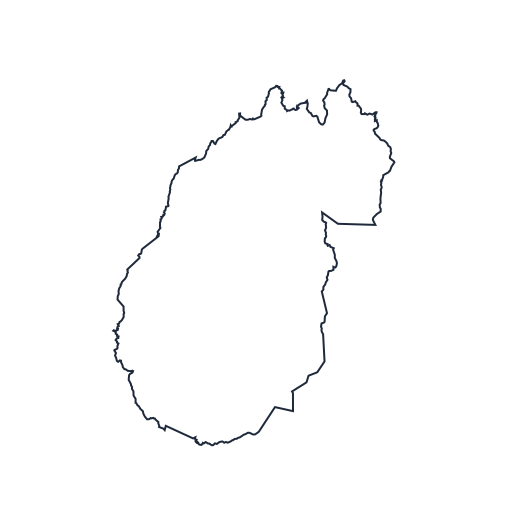 the district of Maguarichi, Chihuahua, Mexico, rotated 208°
{"feature_id": "50627088B68228715353829", "entity_name": "Maguarichi", "entity_type": "district", "adm_level": 2, "iso_a3": "MEX", "parent_name": "Mexico", "parent_adm1": "Chihuahua", "projection": "mercator", "projection_center": [-107.951, 27.819], "detail": "fine", "context": "isolated", "style": "outline", "palette": "slate", "viewbox_px": 512, "rotation_deg": 208, "n_neighbors": 0, "source": "geoboundaries", "source_scale": "gbopen_adm2", "svg_char_len": 6076}
<svg xmlns="http://www.w3.org/2000/svg" viewBox="0 0 512 512"><g transform="rotate(208 256 256)"><path d="M217.1,439.5L218.0,439.0L219.7,435.5L222.6,435.1L224.1,433.0L226.8,433.1L226.8,432.3L229.4,430.9L230.7,431.7L231.7,434.3L232.6,435.4L235.9,436.9L237.0,436.4L237.8,438.1L238.5,438.5L240.2,438.7L240.9,439.3L242.9,437.3L243.9,437.2L246.1,439.9L248.3,440.8L249.3,442.1L249.5,444.9L250.9,447.7L253.0,447.7L254.8,448.4L259.1,448.1L260.3,449.4L259.8,452.0L260.6,452.6L261.3,452.0L261.4,451.2L261.0,449.1L262.6,446.1L263.2,442.4L263.0,439.4L267.9,437.3L268.9,437.3L269.9,437.9L270.4,437.5L269.8,433.4L269.1,432.2L269.4,427.5L269.9,426.4L269.8,424.8L267.6,423.5L266.5,421.9L266.5,420.8L264.8,418.8L261.7,417.8L259.7,414.5L259.4,410.3L258.1,406.0L258.7,403.4L260.3,402.9L263.1,403.7L267.2,407.8L268.5,408.1L270.9,406.2L272.0,406.2L274.8,408.0L276.4,407.8L280.3,409.8L280.6,411.7L281.9,415.0L282.6,415.6L283.5,415.0L283.3,416.4L283.9,417.1L284.9,414.1L288.2,411.5L290.1,407.7L290.1,407.1L289.5,406.2L289.0,406.6L289.4,407.2L287.8,406.7L288.5,404.6L289.6,403.5L291.1,403.4L291.8,403.9L292.5,403.5L292.8,402.6L294.7,400.1L295.8,399.7L296.6,398.6L297.1,399.3L299.8,399.6L300.9,401.7L302.4,401.4L305.6,403.3L305.8,406.0L307.3,407.4L306.4,408.5L307.7,408.4L307.1,409.4L307.7,409.6L307.6,410.4L309.2,411.6L308.4,412.4L308.6,413.2L310.2,412.2L310.7,414.2L313.4,415.0L314.2,414.8L314.7,416.2L316.0,415.4L316.7,415.5L316.9,416.1L318.1,415.7L318.4,413.9L321.5,410.0L321.4,408.5L321.8,407.4L321.4,406.0L320.9,405.6L320.2,402.3L320.9,400.7L319.7,398.7L320.3,397.2L318.8,394.4L319.1,393.6L318.7,392.5L319.1,391.5L319.4,388.1L317.9,383.5L317.1,382.4L317.4,381.3L321.7,375.9L322.8,375.3L323.3,375.7L323.5,374.7L325.7,374.1L327.3,372.4L329.2,371.4L335.3,372.4L336.5,373.3L337.0,374.4L337.8,373.8L335.6,370.5L335.8,367.3L335.5,366.4L336.8,364.6L336.4,364.3L336.5,363.4L338.4,359.5L338.2,358.8L338.5,358.6L339.6,359.4L339.1,357.5L339.3,355.7L339.1,355.0L339.6,354.5L340.6,352.1L340.4,348.4L341.5,347.5L341.6,345.2L344.1,342.1L344.6,339.4L344.4,335.8L345.4,335.7L348.0,337.3L349.2,336.7L349.0,335.8L349.3,334.1L348.7,332.4L349.2,330.5L348.5,328.1L349.2,325.4L348.2,323.0L347.9,319.2L348.2,317.8L349.9,315.0L351.5,314.1L354.4,311.4L355.1,312.1L355.5,314.6L366.0,299.0L365.1,297.0L365.3,295.4L364.4,293.2L364.4,292.1L365.5,290.3L365.6,288.9L365.0,285.5L365.5,284.4L365.5,282.3L364.8,280.4L364.8,278.9L363.7,275.3L362.9,274.6L362.4,272.4L361.9,272.0L361.1,267.1L360.2,266.0L358.7,261.4L356.9,259.3L356.9,258.8L358.6,257.3L357.5,254.1L358.0,253.0L357.6,252.4L357.9,251.5L356.5,250.6L356.3,249.2L356.5,248.7L357.1,248.7L356.8,247.0L358.0,246.1L357.0,245.2L357.0,243.5L357.4,243.3L356.4,241.7L356.6,240.8L354.4,236.5L353.6,236.0L354.2,231.1L352.6,229.5L352.6,228.7L352.0,229.6L351.3,227.7L359.7,208.9L359.8,208.1L358.6,204.4L358.9,203.6L360.0,202.8L360.2,201.1L358.6,200.6L357.9,199.6L363.3,183.7L362.5,183.1L362.5,182.5L361.3,181.1L361.5,179.6L360.7,177.4L360.9,174.4L362.2,170.0L361.7,168.2L362.2,167.3L361.4,166.2L361.6,163.2L361.0,160.7L359.3,157.9L359.2,155.6L357.8,152.5L349.2,149.2L347.2,145.5L345.6,143.8L345.6,142.5L344.2,140.0L344.3,136.5L344.9,134.4L345.5,133.8L345.2,132.0L346.1,130.9L344.3,129.8L345.0,128.6L344.6,126.8L343.7,127.0L343.4,125.8L345.1,123.8L346.7,123.7L346.9,123.0L344.1,123.0L343.3,121.4L341.7,121.4L341.2,120.2L339.6,120.5L339.1,118.9L340.2,118.1L340.5,115.9L338.5,115.2L338.1,114.3L336.4,114.2L336.1,111.3L335.1,109.9L335.2,108.7L336.8,106.7L336.7,106.0L334.1,104.6L333.7,101.9L331.7,100.4L329.9,98.4L329.2,97.9L328.0,97.9L327.2,99.9L326.1,100.2L325.1,98.7L322.5,96.8L321.6,95.5L319.1,94.3L317.9,94.8L315.4,94.4L312.4,95.6L311.3,96.7L310.5,96.7L310.4,94.9L311.9,92.8L312.1,91.2L310.3,86.9L306.3,84.2L305.5,83.0L303.9,82.1L303.2,80.5L300.7,79.0L298.6,75.3L295.2,73.3L293.4,69.8L292.6,69.9L290.5,68.5L289.0,68.4L286.3,66.7L283.1,65.9L281.2,63.7L278.7,62.0L275.5,60.7L273.7,61.8L272.9,63.5L272.2,63.5L270.8,64.8L269.9,64.6L269.1,65.1L268.0,64.4L264.3,63.6L263.9,62.6L261.5,60.4L261.3,59.5L256.8,60.1L254.9,59.4L255.9,63.7L226.0,65.4L224.5,67.4L224.2,65.9L222.2,65.8L222.5,64.7L221.5,64.5L222.4,64.1L222.2,63.8L220.4,63.2L218.9,63.5L217.7,62.9L215.6,63.5L215.2,64.4L215.2,66.1L214.1,66.0L213.1,68.1L210.3,67.9L209.0,68.5L206.6,68.1L205.5,68.5L205.0,68.9L204.3,71.3L202.3,71.7L201.0,74.5L199.2,76.1L198.5,76.5L196.4,76.2L195.2,77.7L193.3,77.9L191.3,80.4L190.4,82.3L189.8,82.6L189.0,84.4L187.2,85.6L186.7,86.7L185.0,88.5L182.8,92.7L182.1,93.2L180.1,96.2L178.5,96.9L174.8,97.0L173.2,97.9L172.1,99.8L171.0,102.2L168.3,131.5L150.5,136.4L159.0,152.3L160.6,153.3L152.1,168.1L153.4,175.0L147.3,182.1L146.0,195.1L160.0,218.4L162.2,219.9L163.4,221.3L163.9,222.9L165.4,224.1L166.5,227.2L164.8,229.1L164.5,230.0L166.8,235.0L166.5,238.9L181.3,255.6L180.7,257.8L182.0,260.4L181.5,263.3L182.0,265.5L181.7,268.5L183.5,270.3L183.5,272.8L184.7,276.2L184.5,277.0L182.6,278.2L181.1,280.2L182.6,282.8L180.8,282.9L180.4,283.6L180.4,285.2L181.2,287.7L182.4,289.1L185.6,291.4L187.0,294.1L190.9,297.8L191.0,299.4L194.5,299.0L196.1,300.2L197.4,298.7L198.0,299.1L198.4,300.2L200.8,299.7L202.2,301.0L203.5,304.1L203.1,305.0L203.3,306.5L204.4,307.6L205.1,309.3L207.1,311.0L207.4,313.9L209.3,316.7L209.6,318.2L210.4,318.4L212.2,318.1L214.5,318.9L215.6,321.8L218.1,325.5L198.8,322.9L165.2,339.5L169.2,342.3L170.0,343.2L170.4,345.0L169.0,349.8L166.8,353.8L168.1,356.3L169.3,356.9L170.7,359.0L171.0,359.7L170.8,361.2L173.1,365.1L175.3,370.8L177.1,373.3L176.9,374.3L177.4,375.9L179.1,377.5L179.6,379.4L180.6,380.2L180.1,381.4L180.9,381.8L180.5,382.5L180.5,383.4L180.9,385.7L181.6,387.1L178.3,392.1L178.1,393.7L177.7,394.1L178.3,398.2L177.8,403.7L178.6,404.3L183.6,405.2L184.4,406.4L184.9,410.4L186.3,411.7L187.2,413.9L188.7,415.2L191.0,415.4L193.0,417.0L195.6,417.8L197.5,418.0L199.5,417.2L200.9,417.2L202.6,418.3L208.3,419.9L209.4,421.3L211.0,422.0L211.4,422.7L211.0,423.7L209.4,425.5L209.0,427.5L209.2,428.5L211.0,430.5L212.2,431.1L213.1,432.6L214.4,431.0L215.1,432.3L215.2,433.9L215.9,433.9L216.3,435.4L216.9,435.2L217.1,437.0L216.8,438.7L217.1,439.5Z" fill="none" stroke="#1e293b" stroke-width="2"/></g></svg>